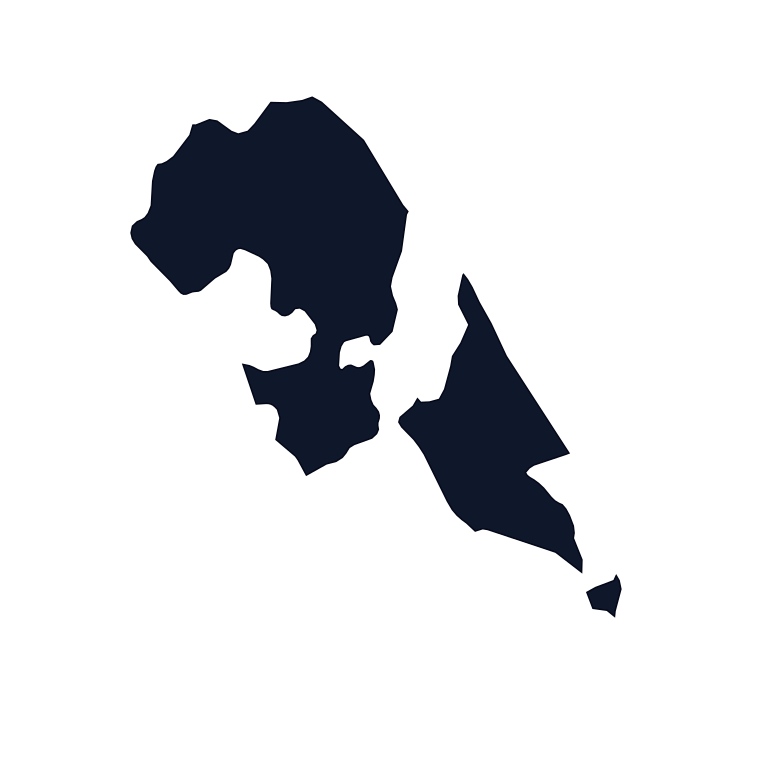 SVG path tracing the border of Fujayrah, rotated 326°
{"feature_id": "ARE-341", "entity_name": "Fujayrah", "entity_type": "Emirate", "adm_level": 1, "iso_a3": "ARE", "parent_name": "United Arab Emirates", "parent_adm1": "", "projection": "equal_earth", "projection_center": [56.162, 25.265], "detail": "fine", "context": "isolated", "style": "filled", "palette": "ink", "viewbox_px": 768, "rotation_deg": 326, "n_neighbors": 0, "source": "natural_earth", "source_scale": "10m", "svg_char_len": 2951}
<svg xmlns="http://www.w3.org/2000/svg" viewBox="0 0 768 768"><g transform="rotate(326 384 384)"><path d="M436.5,329.6L420.0,344.8L402.8,348.6L397.7,345.7L397.1,343.6L397.1,341.1L398.2,338.5L398.8,336.2L398.1,334.4L396.2,333.1L376.6,326.6L374.1,326.3L369.4,328.5L364.5,332.7L356.3,343.4L355.8,347.2L357.4,349.0L361.6,348.3L364.7,348.7L367.1,350.0L370.2,354.8L371.4,356.1L373.3,357.2L375.2,357.6L377.4,357.9L385.7,357.2L386.4,357.7L386.8,358.1L387.1,358.9L386.9,359.9L384.1,366.6L380.8,370.9L376.3,375.7L366.5,383.9L364.0,389.9L363.0,395.3L363.7,399.8L363.7,404.0L362.5,407.4L360.6,409.9L357.2,412.6L355.6,414.9L353.9,418.5L350.1,421.0L343.7,422.0L325.4,417.4L319.6,417.2L313.7,419.9L308.4,421.5L300.9,421.3L291.6,418.0L268.7,416.1L270.4,398.9L270.3,394.3L263.4,369.7L278.8,354.0L281.5,345.5L281.0,342.3L280.2,339.5L278.9,337.2L277.3,335.5L275.4,334.1L266.9,329.1L278.0,288.9L282.6,293.6L285.0,297.2L287.5,301.9L290.6,306.2L294.6,308.9L324.4,319.8L330.9,320.7L336.4,319.6L341.1,316.4L344.9,312.3L349.2,305.9L352.4,304.5L355.9,304.6L358.8,302.2L360.7,295.9L359.6,279.2L356.8,273.8L352.4,271.6L347.6,273.0L343.5,273.1L340.2,272.0L337.9,270.0L336.9,267.6L336.4,265.1L335.7,263.2L334.9,261.6L334.2,260.6L333.3,258.9L333.7,257.0L335.4,253.9L350.2,234.0L353.8,226.6L355.4,219.5L354.0,212.8L352.0,208.0L344.1,194.9L341.4,191.6L341.2,191.4L341.0,191.2L340.4,190.8L338.6,190.0L335.8,189.8L333.4,190.5L332.1,191.0L331.6,191.4L323.4,199.0L320.0,201.0L316.1,202.1L303.0,201.4L284.4,203.6L282.2,203.2L278.1,201.0L276.3,200.2L270.4,198.9L268.0,197.4L266.7,195.1L266.1,191.9L264.6,178.6L259.6,152.0L259.6,145.6L256.4,128.8L256.7,122.7L258.8,117.3L263.8,112.5L270.1,111.5L275.0,112.4L278.8,112.5L284.1,110.7L290.9,106.0L305.7,86.5L313.1,79.3L316.5,76.8L319.3,75.7L323.0,77.5L328.3,78.3L336.7,77.9L362.2,69.3L370.4,62.5L372.8,64.2L387.1,67.3L392.6,72.7L398.6,89.2L402.9,95.3L412.5,98.5L422.3,96.3L447.6,87.4L460.6,96.6L474.6,103.4L484.8,106.1L489.7,115.5L503.2,170.5L499.4,246.1L500.2,254.3L497.3,255.9L472.7,283.4L450.0,300.1L443.7,306.6L440.2,315.5L438.5,323.7L436.5,329.6ZM421.3,427.7L431.3,422.4L449.4,406.7L456.4,399.4L470.6,393.2L487.6,382.4L490.5,359.9L494.9,352.6L510.4,337.9L511.2,337.6L511.6,344.0L511.0,353.2L508.5,369.3L506.5,393.7L500.9,429.3L498.7,544.7L495.3,543.9L462.8,534.9L457.5,534.8L451.7,536.4L451.5,539.8L452.5,543.0L454.6,547.4L456.6,553.1L458.1,559.6L459.2,571.3L460.2,576.3L462.2,580.6L464.2,583.8L464.8,589.3L464.1,596.7L461.6,607.5L458.3,613.8L454.7,617.7L449.8,640.4L442.6,650.5L432.3,619.4L388.6,562.6L384.9,559.1L377.4,556.9L374.8,545.4L372.9,540.1L371.2,533.6L370.4,526.4L371.0,516.6L378.1,464.8L378.3,455.7L377.8,446.5L374.7,429.5L375.0,423.9L378.7,420.7L395.9,418.7L403.5,415.0L404.1,419.8L411.6,424.4L421.3,427.7ZM469.4,672.7L469.0,678.4L465.7,686.5L448.6,701.4L445.2,705.5L445.1,705.2L442.4,696.3L431.8,686.8L435.7,670.2L445.7,671.1L464.7,675.6L469.2,672.8L469.4,672.7Z" fill="#0f172a" stroke="#020617" stroke-width="1.5"/></g></svg>